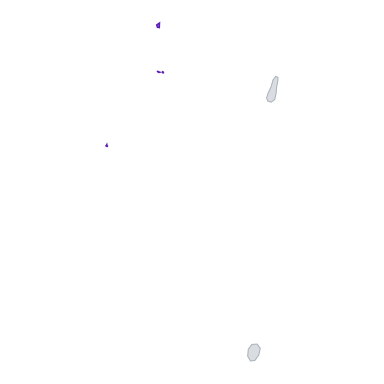 Alifu Alifu on a map of Maldives (Equal Earth projection)
{"feature_id": "MDV-5231", "entity_name": "Alifu Alifu", "entity_type": "Atoll", "adm_level": 1, "iso_a3": "MDV", "parent_name": "Maldives", "parent_adm1": "", "projection": "equal_earth", "projection_center": [72.863, 4.217], "detail": "fine", "context": "in_parent", "style": "filled", "palette": "violet", "viewbox_px": 384, "rotation_deg": 0, "n_neighbors": 0, "source": "natural_earth", "source_scale": "10m", "svg_char_len": 802}
<svg xmlns="http://www.w3.org/2000/svg" viewBox="0 0 384 384"><path d="M274.7,99.5L271.1,102.2L267.7,101.1L266.6,97.8L268.2,92.9L271.1,86.7L273.0,80.0L275.8,76.3L278.0,77.5L277.8,81.3L276.7,86.5L276.1,93.3L274.7,99.5ZM254.9,360.4L250.5,361.0L247.7,356.2L248.3,349.2L251.8,344.4L257.2,344.1L260.3,348.4L258.7,355.2L254.9,360.4Z" fill="#d9dde1" stroke="#a8b0b8" stroke-width="1"/><path d="M159.5,23.0L159.3,27.6L157.8,27.3L157.4,27.3L156.7,24.9L159.5,23.0ZM106.8,144.6L106.9,145.3L107.2,145.6L107.3,145.7L107.5,146.0L107.1,146.5L106.1,146.1L106.0,145.7L106.4,145.3L106.8,144.6ZM157.0,71.1L159.8,72.2L159.0,72.4L158.9,72.5L158.3,72.2L157.0,71.1ZM162.3,71.2L162.7,71.7L163.1,72.0L163.4,72.2L163.4,72.8L162.7,72.8L162.5,72.4L162.5,71.9L162.3,71.2Z" fill="#8b5cf6" stroke="#5b21b6" stroke-width="1.5"/></svg>